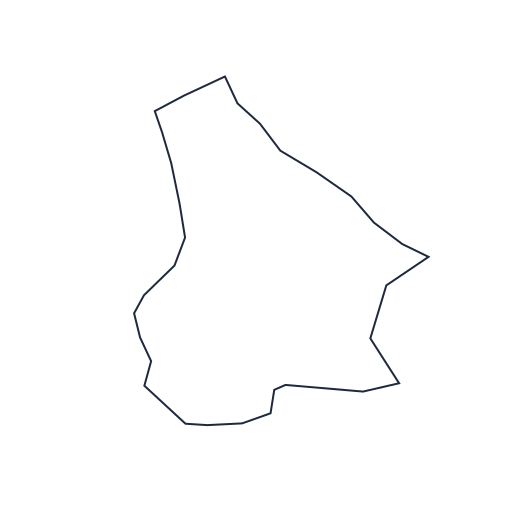 map outline of La Massana (Mercator projection), rotated 245°
{"feature_id": "AND-4877", "entity_name": "La Massana", "entity_type": "state/province", "adm_level": 1, "iso_a3": "AND", "parent_name": "Andorra", "parent_adm1": "", "projection": "mercator", "projection_center": [1.476, 42.553], "detail": "fine", "context": "isolated", "style": "outline", "palette": "slate", "viewbox_px": 512, "rotation_deg": 245, "n_neighbors": 0, "source": "natural_earth", "source_scale": "10m", "svg_char_len": 548}
<svg xmlns="http://www.w3.org/2000/svg" viewBox="0 0 512 512"><g transform="rotate(245 256 256)"><path d="M133.8,121.2L185.6,100.0L205.0,116.5L231.2,116.5L255.6,121.3L267.8,137.9L281.8,178.1L302.7,199.5L335.9,208.9L376.0,218.4L407.4,223.1L430.1,225.5L431.8,258.7L431.8,303.7L402.2,303.7L374.2,315.5L341.1,322.6L306.2,346.3L269.6,367.6L236.4,377.0L205.0,393.6L182.3,412.0L174.3,361.7L133.0,324.8L80.2,331.9L87.9,295.7L126.7,228.2L127.0,216.0L107.3,202.7L110.2,172.6L123.3,140.4L133.8,121.2Z" fill="none" stroke="#1e293b" stroke-width="2"/></g></svg>